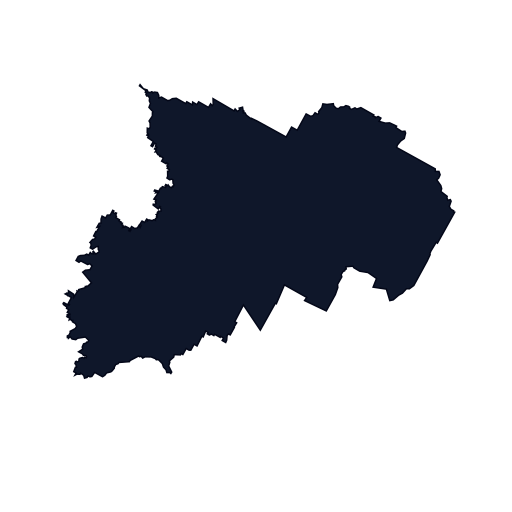 Toowoomba, Queensland, Australia (Mercator projection), rotated 201°
{"feature_id": "25037944B99590448240631", "entity_name": "Toowoomba", "entity_type": "district", "adm_level": 2, "iso_a3": "AUS", "parent_name": "Australia", "parent_adm1": "Queensland", "projection": "mercator", "projection_center": [151.96, -27.48], "detail": "fine", "context": "isolated", "style": "filled", "palette": "ink", "viewbox_px": 512, "rotation_deg": 201, "n_neighbors": 0, "source": "geoboundaries", "source_scale": "gbopen_adm2", "svg_char_len": 6100}
<svg xmlns="http://www.w3.org/2000/svg" viewBox="0 0 512 512"><g transform="rotate(201 256 256)"><path d="M248.1,422.0L247.7,418.1L249.3,413.3L248.4,412.0L249.1,410.4L252.2,410.9L253.1,407.4L255.0,406.0L260.1,406.6L262.6,388.2L269.0,389.1L270.5,377.9L303.4,382.4L309.7,382.9L309.7,382.3L315.5,384.0L317.5,385.7L319.1,385.1L319.1,386.4L319.7,386.3L319.4,387.0L320.2,387.2L321.9,390.1L324.7,388.0L323.5,386.9L325.2,384.3L328.2,385.8L328.5,383.6L352.5,387.5L350.3,382.3L350.8,380.6L352.9,381.8L353.6,377.7L364.8,379.4L365.4,376.2L370.3,377.0L369.5,374.3L375.9,375.2L376.2,373.1L387.0,374.7L390.5,372.9L392.2,370.6L394.1,369.4L401.2,370.5L403.4,368.7L404.4,371.2L406.6,373.3L409.4,372.7L410.7,371.3L411.2,372.0L412.5,371.8L412.8,371.0L415.3,370.2L417.1,372.0L421.1,371.8L425.6,374.4L425.8,373.1L418.1,370.9L418.0,369.1L416.5,368.9L416.7,367.4L415.3,366.2L414.3,366.8L412.0,365.5L411.2,362.6L409.2,360.6L409.2,356.4L403.8,353.7L404.1,352.7L402.9,349.5L404.2,343.7L402.6,342.3L400.9,338.2L401.4,336.5L403.3,336.4L401.7,332.0L399.3,330.7L400.9,330.9L401.2,329.7L399.2,329.4L399.5,327.7L392.9,326.1L393.6,321.3L391.8,321.0L391.1,325.1L389.4,324.8L389.1,322.3L387.5,322.0L387.8,320.3L388.9,320.5L389.1,319.6L387.1,319.3L387.4,317.2L386.8,317.6L383.9,315.5L381.3,315.3L381.4,314.5L379.6,314.8L377.6,314.0L378.1,310.7L373.0,309.9L372.8,311.1L371.0,310.6L371.4,308.1L370.1,307.9L370.4,306.0L367.9,305.6L367.8,303.7L368.9,303.4L367.0,298.7L367.1,296.9L363.9,296.2L362.3,297.5L361.0,297.5L359.5,294.2L358.0,293.1L358.1,291.0L359.0,291.2L359.3,289.5L361.4,289.5L363.4,290.8L363.5,290.1L365.8,290.4L366.0,289.1L364.8,289.0L365.0,287.5L368.3,287.2L368.6,285.0L369.5,285.1L370.0,281.7L374.2,281.3L374.3,280.2L372.8,280.3L372.2,279.8L372.4,279.0L369.8,280.4L371.7,272.5L369.2,272.5L369.5,270.6L368.1,269.4L368.8,268.1L370.5,267.5L370.3,266.7L364.1,264.9L363.6,267.9L362.8,267.7L362.9,266.5L361.6,265.9L360.8,264.0L362.2,262.9L362.9,263.2L363.7,261.4L362.8,260.7L364.0,259.0L362.9,258.7L363.1,257.4L362.2,257.1L363.4,254.0L362.8,253.2L364.6,253.1L365.6,251.8L368.7,251.4L369.8,249.9L370.0,251.1L371.3,251.3L372.0,247.4L374.9,247.8L375.8,243.8L374.2,243.5L374.3,241.2L376.2,242.7L376.8,239.7L379.1,238.2L382.7,238.9L383.1,236.3L382.1,235.7L382.4,233.8L383.9,234.0L383.5,236.3L386.0,236.7L388.9,236.9L389.0,235.7L390.3,235.0L389.9,235.8L391.3,236.0L391.1,237.0L392.7,237.2L392.5,238.7L394.3,238.6L394.2,239.4L396.7,239.8L396.5,240.9L400.7,241.6L400.5,243.1L401.6,243.8L401.6,246.0L402.6,246.0L403.1,245.0L404.9,245.3L404.8,247.1L406.1,247.3L406.8,242.0L409.5,240.9L410.0,237.6L414.0,238.1L413.9,235.0L412.5,231.3L414.1,230.3L414.8,225.8L412.6,227.4L413.6,221.2L414.3,221.3L414.8,216.5L412.3,216.1L412.8,213.9L414.5,212.9L415.9,209.1L414.8,208.8L413.7,206.9L413.7,204.2L411.0,203.8L408.6,207.3L406.7,208.4L405.5,205.4L404.5,204.9L404.0,203.5L406.3,200.4L409.5,202.1L409.8,201.3L408.4,199.7L410.3,199.2L412.0,199.9L412.5,196.8L414.7,197.1L416.4,195.2L420.1,193.5L421.8,191.9L422.4,187.3L419.0,186.7L417.8,188.6L410.1,187.7L408.6,189.2L405.5,188.0L406.1,183.7L410.2,181.6L412.0,178.8L400.0,172.0L402.2,167.6L403.2,167.2L403.1,166.6L404.4,166.4L404.3,165.0L409.5,161.1L409.0,160.3L409.5,159.4L410.6,159.3L410.1,158.4L411.3,152.3L412.6,155.0L418.6,156.3L417.7,154.3L419.4,153.5L418.8,152.3L419.8,152.9L420.5,152.2L413.4,151.1L414.3,144.0L412.8,143.8L413.0,142.8L418.7,143.6L419.1,142.6L418.4,141.7L414.2,140.5L414.1,139.2L411.6,138.8L412.0,135.7L409.0,135.2L408.6,134.5L411.2,133.5L411.0,132.8L409.0,132.8L410.5,132.4L410.8,131.6L409.1,131.3L407.8,132.1L407.5,129.5L406.7,130.5L404.9,129.6L403.9,130.1L403.6,128.8L400.3,128.2L398.2,126.0L398.7,123.5L402.5,119.1L402.0,118.7L402.2,115.3L403.5,113.7L402.9,112.3L402.0,112.7L401.6,112.0L400.5,114.1L398.0,112.6L394.3,113.3L393.1,115.3L386.2,119.2L381.8,117.3L382.3,115.1L383.2,114.9L383.5,113.7L385.5,112.2L385.6,108.7L384.4,106.9L387.3,103.0L382.9,102.4L381.5,101.4L379.0,102.1L378.1,101.3L378.1,100.2L379.6,100.1L379.8,98.8L381.5,99.1L383.8,97.4L384.3,96.4L383.7,94.6L384.6,93.0L386.1,93.3L386.6,92.5L386.4,90.6L385.3,90.2L383.7,87.8L384.7,87.3L384.7,82.7L382.0,82.4L382.3,79.9L380.9,81.5L377.9,82.5L377.7,83.8L374.1,82.9L372.3,80.5L370.2,82.1L369.9,83.8L367.7,83.7L366.1,84.7L364.9,89.5L356.0,88.3L354.4,90.5L353.6,93.3L350.0,95.8L349.2,97.1L348.1,100.5L348.5,101.5L348.1,104.4L346.2,106.0L345.8,107.5L336.3,112.0L336.2,113.2L329.7,120.6L328.7,120.2L327.2,121.2L325.2,120.1L323.5,122.1L317.7,124.2L313.1,124.1L311.9,123.4L310.0,124.3L304.9,122.0L302.5,119.1L299.2,117.5L297.4,115.2L294.6,116.3L293.4,115.8L293.1,117.4L298.1,122.0L298.4,125.9L299.3,126.9L296.6,132.1L297.0,134.6L291.1,136.6L291.0,138.1L289.0,137.8L288.0,144.6L284.7,144.1L283.1,144.7L282.2,151.4L278.8,150.9L277.8,161.7L276.3,161.5L276.1,167.9L273.3,167.5L273.6,165.9L271.2,165.5L269.7,167.1L266.8,166.6L266.6,168.1L260.3,167.2L260.2,168.3L256.9,167.8L257.3,165.0L253.3,164.4L253.2,166.9L254.5,171.4L253.8,173.4L251.8,173.1L250.6,181.5L251.1,181.7L250.1,186.7L252.3,187.1L250.2,205.8L225.4,188.3L221.0,218.9L219.9,218.7L219.1,239.2L193.8,235.5L194.7,231.8L170.7,229.9L168.1,248.4L168.3,255.8L169.7,258.8L168.4,267.3L169.9,269.2L169.2,272.7L167.9,274.0L167.9,275.4L167.1,276.2L168.2,278.2L161.9,281.2L160.4,280.1L153.7,279.0L145.5,280.7L135.4,278.2L135.5,268.9L122.4,271.8L115.1,262.3L112.2,264.2L108.8,270.5L106.0,273.8L103.8,279.4L101.1,280.3L98.1,285.0L94.4,312.6L93.9,319.6L94.5,320.6L94.5,323.2L92.7,333.4L91.2,333.0L86.2,368.1L87.5,368.0L87.6,369.0L90.8,369.5L93.3,371.5L93.5,377.1L94.8,378.3L96.8,376.8L98.6,378.6L98.9,380.2L106.5,382.5L106.8,385.4L108.7,388.0L114.6,391.9L113.4,394.0L113.2,397.8L115.5,400.5L118.9,399.2L119.9,401.6L163.6,407.7L163.8,410.3L162.2,415.1L159.7,418.9L160.4,424.4L161.7,425.9L164.5,424.5L171.5,426.0L171.3,427.6L178.9,428.2L182.9,426.4L189.4,425.8L188.8,429.5L192.0,430.0L194.1,427.9L194.7,428.7L196.8,428.4L196.5,429.9L211.3,432.1L214.6,429.3L216.7,429.8L219.2,427.2L221.6,427.2L221.8,428.5L223.3,428.9L226.0,428.6L227.5,426.6L230.5,425.4L231.8,423.1L233.9,422.6L237.3,424.1L238.4,425.9L244.1,422.9L248.1,422.0Z" fill="#0f172a" stroke="#020617" stroke-width="1.5"/></g></svg>